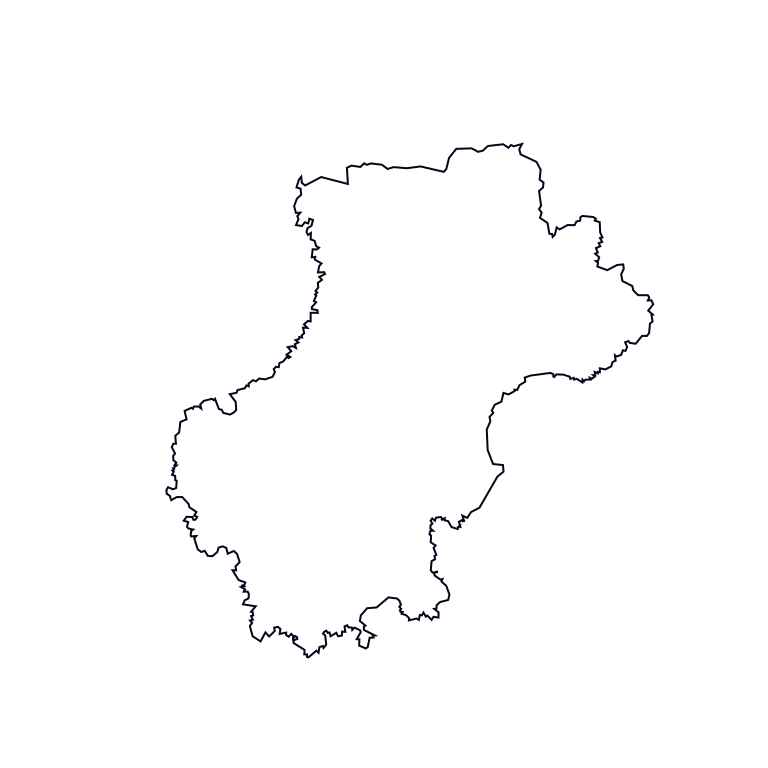 Santo Amaro Abade, Tarrafal, Cabo Verde, rotated 227°
{"feature_id": "66160863B37752467633472", "entity_name": "Santo Amaro Abade", "entity_type": "district", "adm_level": 2, "iso_a3": "CPV", "parent_name": "Cabo Verde", "parent_adm1": "Tarrafal", "projection": "mercator", "projection_center": [-23.726, 15.266], "detail": "fine", "context": "isolated", "style": "outline", "palette": "ink", "viewbox_px": 768, "rotation_deg": 227, "n_neighbors": 0, "source": "geoboundaries", "source_scale": "gbopen_adm2", "svg_char_len": 6166}
<svg xmlns="http://www.w3.org/2000/svg" viewBox="0 0 768 768"><g transform="rotate(227 384 384)"><path d="M465.4,648.6L469.4,641.0L472.2,639.9L471.9,636.2L478.1,634.6L487.2,622.3L487.3,615.3L489.6,611.2L496.6,608.8L506.7,597.2L505.0,585.8L498.7,576.1L498.4,572.4L518.2,559.1L526.3,547.8L536.1,538.9L538.8,533.3L545.8,532.0L554.1,525.0L556.0,521.0L558.9,520.0L558.8,514.8L565.9,509.1L567.4,504.3L554.9,494.0L578.2,479.2L583.0,461.7L587.2,461.1L592.0,464.8L591.4,460.9L587.4,454.0L583.9,456.2L578.9,452.6L579.0,446.8L575.3,439.5L569.2,436.3L566.4,439.6L565.9,435.1L562.9,433.9L560.2,428.0L555.5,431.8L556.3,436.4L553.1,438.1L555.8,442.1L552.3,443.9L549.2,438.9L550.1,434.3L548.0,430.9L544.8,430.1L544.3,433.5L539.8,429.0L536.0,430.9L531.0,428.4L528.0,429.4L528.2,426.6L531.2,423.7L525.9,417.6L523.4,421.2L523.9,419.4L522.0,418.3L514.8,420.5L514.4,416.9L510.6,411.8L506.6,416.5L504.6,415.9L506.5,409.7L502.5,409.7L503.1,404.6L499.4,401.7L498.8,397.4L496.3,397.5L496.5,394.7L494.8,394.7L492.6,389.4L490.1,390.1L489.4,383.5L487.9,382.4L483.4,385.6L481.2,384.1L486.1,378.9L479.8,373.0L482.0,371.3L482.2,366.2L477.3,366.2L480.5,363.2L475.6,360.3L475.6,356.7L473.9,355.8L476.1,354.0L474.8,352.7L476.4,349.3L472.7,349.8L473.9,345.9L470.4,344.2L473.9,343.1L476.6,338.7L471.2,338.6L471.9,332.7L467.7,333.9L468.0,331.9L470.1,331.5L469.2,325.7L470.6,321.8L468.1,318.5L470.2,316.8L470.1,313.5L467.2,312.4L465.2,307.5L468.5,300.2L473.1,296.5L473.3,292.1L476.2,290.8L476.6,285.2L474.5,283.5L476.8,282.4L475.8,279.4L479.5,272.7L478.1,270.2L481.7,264.3L472.0,263.3L465.7,258.1L465.6,254.6L466.7,250.5L472.4,246.8L475.9,247.7L478.3,246.2L488.4,250.3L488.1,248.5L490.5,248.1L494.6,240.6L494.3,235.6L490.7,233.6L494.1,233.0L497.2,229.4L496.2,227.3L498.0,226.8L500.3,219.8L492.8,215.5L495.1,209.2L488.2,201.0L488.5,196.1L482.2,191.1L484.0,189.2L482.5,185.7L475.6,183.7L475.3,180.9L472.0,178.0L468.1,178.5L467.6,175.6L465.9,176.9L466.3,172.3L464.9,172.5L465.0,170.2L463.3,170.5L462.1,167.1L459.2,168.6L455.9,165.7L454.6,166.4L449.7,161.1L450.9,157.9L455.8,155.7L454.8,152.5L451.8,150.2L448.4,151.1L444.1,149.2L442.7,155.2L439.0,159.3L429.5,159.3L426.7,157.6L418.3,159.5L417.2,155.5L414.2,156.7L413.3,153.7L414.6,152.0L417.4,153.1L421.5,149.1L420.6,144.3L416.6,146.7L413.9,142.5L411.7,142.4L407.7,145.2L408.0,142.7L405.4,139.6L404.0,139.0L400.9,143.0L400.4,139.9L390.1,135.0L385.8,135.8L384.2,139.1L378.5,137.9L375.1,141.1L374.8,147.5L377.2,151.4L375.2,155.4L371.7,156.8L366.4,154.0L364.3,160.3L359.9,160.6L352.2,157.0L351.9,151.0L348.6,148.8L351.1,146.2L339.8,144.0L333.5,147.2L332.1,144.7L333.4,143.1L333.2,142.3L331.9,143.0L333.0,141.0L328.7,142.4L327.8,139.8L325.2,142.7L322.6,142.0L319.6,138.7L320.8,134.5L319.0,130.6L308.9,138.6L308.1,131.5L306.9,132.4L304.0,130.5L304.9,128.5L301.0,127.3L302.4,124.7L299.2,124.6L298.6,120.9L289.1,115.9L279.9,118.2L283.2,127.9L277.7,127.8L277.9,135.8L280.7,137.5L278.8,140.7L275.5,141.2L272.4,137.2L268.9,142.9L267.1,141.2L264.2,141.9L264.5,145.8L261.2,145.8L260.3,144.1L259.7,143.6L260.4,147.0L258.3,147.8L256.7,146.7L258.1,143.3L256.2,141.2L243.7,144.6L240.6,141.3L238.7,143.3L237.0,141.5L235.6,142.3L235.1,152.7L232.1,152.8L235.6,157.3L234.0,160.7L232.2,159.8L232.8,164.0L240.2,169.5L243.0,169.2L243.6,171.4L242.9,173.6L240.3,173.1L239.5,174.7L235.9,172.9L234.6,179.4L230.8,178.4L228.7,181.6L231.5,184.5L229.1,186.6L233.7,189.9L232.6,192.6L230.4,192.0L227.6,194.5L225.8,193.1L225.9,196.3L220.3,198.5L218.4,197.8L216.0,190.0L214.1,191.9L209.6,187.4L202.9,190.4L202.8,192.9L208.2,200.4L205.7,203.4L207.5,204.1L206.2,205.9L217.8,201.6L220.3,203.7L219.9,205.7L227.1,204.7L230.6,209.3L231.5,218.8L225.6,226.2L224.9,241.7L218.3,247.2L215.0,247.5L211.0,245.8L210.6,243.3L207.9,243.2L207.6,241.2L205.8,241.3L206.8,240.1L204.5,242.1L203.9,240.2L200.1,242.4L195.6,242.7L194.1,241.0L190.3,247.8L187.7,248.6L190.6,252.6L189.0,253.9L189.9,257.0L185.3,255.9L185.1,257.8L179.0,258.0L180.0,261.4L176.0,264.5L179.8,268.2L185.3,267.3L184.1,269.3L186.3,271.7L186.3,276.3L182.3,283.6L185.3,288.2L193.9,291.9L200.3,291.3L201.5,293.8L202.4,291.9L209.5,290.4L211.7,292.4L210.2,294.5L210.6,294.8L212.7,290.9L215.8,291.1L222.0,298.0L221.0,301.8L223.7,303.5L223.3,305.7L230.3,308.5L230.7,311.6L236.4,310.2L240.9,315.0L243.2,314.8L245.0,317.9L243.2,319.8L246.7,319.4L249.0,321.7L248.8,324.2L252.2,324.8L252.8,327.6L249.2,328.0L250.8,330.8L248.0,334.9L245.5,334.8L245.4,333.0L244.4,336.9L243.0,335.3L240.0,337.4L233.3,335.8L227.7,339.0L228.9,340.5L228.5,342.7L228.2,342.2L227.4,342.1L227.2,342.3L232.1,344.8L231.1,349.1L229.9,348.1L229.2,349.2L234.3,351.6L229.3,353.6L231.0,360.3L228.4,369.4L238.9,403.7L238.4,411.7L243.6,415.7L251.1,409.2L265.0,414.8L280.6,428.1L284.2,436.3L287.9,438.7L288.4,444.3L291.1,444.8L293.3,450.9L291.0,457.8L296.0,465.3L291.5,467.9L289.7,474.6L290.9,475.5L288.8,477.3L290.7,482.3L289.4,489.0L292.7,491.3L290.3,496.8L278.6,513.3L275.5,514.5L273.9,512.9L273.0,513.1L273.4,516.7L268.6,521.5L262.7,524.8L260.6,523.7L259.1,527.0L257.5,526.1L256.3,528.5L249.8,530.2L251.8,532.2L249.5,532.2L249.8,534.4L246.4,538.0L248.2,538.8L246.1,539.7L245.7,543.2L247.7,543.0L246.3,544.4L249.1,546.3L245.9,547.7L246.9,548.7L245.4,549.9L248.3,552.5L243.7,555.9L241.9,562.2L244.2,566.1L243.1,569.3L247.5,572.5L245.5,572.8L243.6,577.4L245.7,581.7L243.5,583.2L245.3,587.1L250.1,588.8L248.7,592.1L246.5,591.8L241.8,595.5L243.2,605.6L239.9,608.9L240.4,612.6L246.8,619.7L246.5,623.0L252.2,626.8L251.4,627.9L257.5,627.3L258.7,635.2L262.9,636.7L265.1,633.9L266.4,637.0L269.0,637.5L275.7,630.4L282.5,630.2L286.3,632.4L296.7,628.6L302.5,632.3L304.7,637.9L308.3,640.5L312.1,635.6L315.0,624.9L324.4,620.2L326.7,623.2L329.4,622.8L328.1,624.5L329.9,627.8L335.3,627.3L334.4,630.0L338.9,631.7L337.2,636.1L340.6,637.0L339.1,640.5L343.4,641.5L342.2,643.7L347.3,645.4L355.2,652.1L359.8,649.6L360.4,651.7L363.6,650.8L371.6,643.7L372.0,641.4L369.7,638.9L371.6,635.5L370.2,631.7L375.0,626.7L377.3,617.9L380.8,617.1L376.7,610.9L376.6,607.7L379.1,609.2L381.1,607.4L390.3,613.4L399.1,611.4L401.9,616.2L406.1,616.6L407.4,620.6L419.4,629.0L419.3,634.4L422.6,638.1L427.3,637.2L433.9,644.7L442.4,647.0L458.8,640.5L463.5,643.1L465.4,648.6Z" fill="none" stroke="#020617" stroke-width="2"/></g></svg>